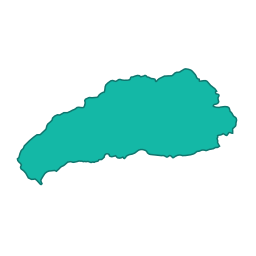 outline of Armenis, Caras-Severin, Romania, rotated 185°
{"feature_id": "2599482B91959331026404", "entity_name": "Armenis", "entity_type": "district", "adm_level": 2, "iso_a3": "ROU", "parent_name": "Romania", "parent_adm1": "Caras-Severin", "projection": "equal_earth", "projection_center": [22.398, 45.223], "detail": "fine", "context": "isolated", "style": "filled", "palette": "teal", "viewbox_px": 256, "rotation_deg": 185, "n_neighbors": 0, "source": "geoboundaries", "source_scale": "gbopen_adm2", "svg_char_len": 5239}
<svg xmlns="http://www.w3.org/2000/svg" viewBox="0 0 256 256"><g transform="rotate(185 128 128)"><path d="M222.9,69.6L219.7,68.4L217.6,68.7L216.2,69.1L214.5,68.1L210.5,64.4L209.7,64.1L208.8,65.0L210.1,67.4L210.2,68.8L209.4,70.5L208.6,72.2L207.7,73.9L206.8,75.5L205.0,77.2L203.1,78.2L197.5,79.3L195.4,78.7L194.8,79.6L194.1,80.2L193.4,81.0L192.7,81.8L192.2,82.6L190.8,83.9L189.8,84.4L189.1,84.8L188.6,85.2L187.7,86.0L186.9,86.9L186.0,87.8L185.2,88.7L183.1,89.3L182.0,89.5L180.1,89.1L179.1,89.1L178.5,89.3L177.8,89.5L177.1,89.7L176.5,89.9L175.8,90.1L175.2,90.4L174.6,90.6L174.0,90.9L172.6,90.8L172.2,90.9L171.8,90.9L171.4,91.0L171.0,90.9L170.5,90.8L170.1,90.7L169.7,90.6L169.3,90.6L168.7,90.8L168.4,90.9L168.1,90.9L167.9,90.9L167.6,90.9L167.3,90.8L167.0,90.8L166.7,90.8L166.4,90.9L166.1,91.0L165.8,91.1L164.7,91.2L161.9,90.4L161.6,90.5L161.2,90.6L160.9,90.7L160.6,91.0L159.8,91.1L159.5,91.0L159.2,90.9L158.9,90.9L158.6,90.9L157.8,91.5L155.5,92.2L154.8,92.6L154.3,93.8L153.2,94.1L151.5,94.3L149.7,96.2L149.1,97.0L149.2,97.3L149.2,97.6L149.1,97.9L149.0,98.2L149.0,98.4L148.9,98.7L148.6,99.1L148.5,99.4L148.2,99.7L147.9,100.0L147.6,100.2L147.2,100.4L146.5,100.5L146.1,100.5L145.6,100.4L145.2,100.3L144.8,100.1L144.4,99.9L144.3,99.6L144.3,99.4L144.3,99.1L144.0,98.7L143.5,98.3L142.2,98.0L141.5,98.0L140.6,98.3L139.7,98.6L138.9,98.9L138.0,99.3L136.4,97.8L135.9,97.5L135.7,97.4L135.1,97.3L134.6,97.3L134.1,97.3L133.5,97.3L132.0,97.8L130.8,98.5L130.3,98.4L129.6,97.5L128.9,97.3L128.0,98.3L127.2,99.8L125.2,101.2L124.0,101.7L121.5,102.4L119.0,103.7L115.6,106.8L115.0,107.1L114.3,107.3L113.7,107.6L113.0,107.7L111.2,107.8L108.7,107.2L107.4,106.4L106.4,104.9L104.6,103.8L103.2,103.6L92.1,103.4L91.1,103.6L89.5,103.6L88.9,103.3L88.2,102.9L87.5,102.7L86.8,102.4L86.0,102.7L84.2,104.2L83.1,104.1L80.7,102.3L80.0,102.5L79.5,103.0L79.0,103.4L78.5,103.8L77.9,104.1L77.4,104.5L76.8,104.8L76.2,105.1L75.6,105.3L74.3,105.6L73.9,105.6L73.2,105.6L72.6,105.5L71.9,105.4L71.3,105.2L70.1,105.4L68.4,105.6L66.7,106.0L65.0,106.4L63.3,106.8L60.5,107.9L59.4,108.6L57.3,110.6L54.9,111.2L52.8,112.3L51.5,112.6L50.8,112.6L50.0,112.6L49.2,112.5L48.5,112.3L47.9,112.4L45.0,113.8L44.2,114.0L43.4,114.2L42.6,114.4L41.8,114.7L41.0,114.9L40.7,115.2L40.2,115.5L39.8,115.8L39.4,116.0L39.1,116.2L38.9,116.2L38.6,116.3L38.2,116.3L37.9,116.3L37.6,116.3L36.5,116.8L36.2,117.1L35.9,117.4L35.5,117.6L35.2,117.9L35.8,118.7L36.4,119.5L37.0,120.4L37.5,121.3L37.5,123.1L38.4,125.3L37.8,126.8L38.1,128.2L37.4,128.5L36.7,128.8L35.9,129.0L35.2,129.1L33.8,129.8L32.8,130.7L32.1,130.4L31.4,130.1L30.8,129.8L30.1,129.4L29.0,129.2L28.5,129.7L27.3,131.9L26.9,132.3L26.2,132.3L25.7,132.3L25.3,132.2L24.9,132.1L24.5,132.0L24.1,131.9L23.3,131.9L23.3,132.8L23.7,136.2L23.5,136.7L22.8,137.3L22.2,138.0L21.6,138.7L21.0,139.4L20.8,140.7L20.9,142.4L20.5,145.1L20.6,145.7L20.8,146.3L21.0,146.9L21.3,147.4L21.8,147.8L22.2,148.1L22.7,148.4L23.3,148.6L24.2,149.4L25.6,151.5L26.5,152.6L27.5,153.2L27.9,153.8L28.1,154.6L28.4,155.3L28.7,156.0L29.0,156.7L30.5,157.7L31.1,157.7L31.7,157.8L32.3,157.8L32.9,157.8L33.9,157.7L38.0,156.8L38.8,156.4L42.0,156.3L44.3,156.8L44.9,157.1L45.0,157.8L44.6,158.5L43.9,159.0L41.8,159.7L40.5,160.7L39.9,162.0L40.8,164.5L41.0,166.0L40.8,166.5L40.6,167.0L40.4,167.5L40.2,168.0L40.3,168.8L41.4,169.5L43.1,169.7L43.6,170.2L43.9,170.9L43.9,171.9L42.9,172.4L44.7,174.5L45.8,175.3L47.0,176.0L48.1,176.8L49.3,177.5L53.2,181.3L54.6,181.9L56.4,181.8L59.9,181.0L60.9,180.9L61.1,181.4L61.2,181.8L61.2,182.3L61.3,182.8L61.5,182.8L61.8,182.8L62.1,182.9L62.4,183.0L62.7,183.2L63.7,183.8L64.2,184.5L64.5,185.2L64.8,185.8L65.2,186.4L65.6,187.0L66.9,188.3L68.4,189.7L69.7,190.8L71.6,191.5L72.4,191.6L73.2,191.8L73.9,191.8L74.6,191.9L75.2,191.9L75.9,191.9L77.1,191.5L80.8,188.8L81.5,188.2L82.2,188.0L84.5,187.7L86.1,186.8L87.9,184.7L89.0,183.8L90.8,183.6L92.6,183.4L94.4,183.1L96.2,182.9L101.2,179.9L102.9,178.2L103.7,176.9L104.3,176.8L104.7,177.2L104.9,177.8L105.2,178.3L105.3,178.8L106.0,179.1L106.8,179.2L107.4,179.3L108.1,179.3L108.7,179.2L109.5,179.5L110.3,179.7L111.1,180.1L111.9,180.4L113.2,180.4L114.3,181.4L115.1,181.8L115.9,181.8L117.1,181.0L117.8,180.8L118.4,180.6L119.0,180.4L119.7,180.1L121.2,181.1L123.1,181.2L124.2,180.8L125.3,180.4L126.4,179.9L127.5,179.3L129.0,179.1L129.6,178.7L130.2,176.7L130.6,176.2L132.4,175.6L136.1,175.2L138.4,175.3L140.2,175.7L141.5,175.4L143.6,173.7L144.3,173.4L145.2,173.5L147.4,174.0L149.2,173.5L152.0,171.1L153.8,169.0L154.3,167.2L154.4,163.6L154.8,161.7L156.4,161.1L158.3,159.8L159.7,158.3L160.7,156.4L161.4,155.9L166.5,155.0L169.1,155.0L170.1,154.6L171.0,154.0L172.0,153.5L172.9,152.9L173.5,151.6L172.8,149.3L173.2,146.5L173.8,144.9L174.6,144.4L175.6,144.3L176.7,144.3L177.7,144.3L178.7,144.4L180.5,144.0L182.2,142.4L183.4,141.6L184.7,141.0L185.9,140.2L187.1,139.4L188.4,138.7L189.6,138.0L193.2,137.7L197.1,135.0L199.5,135.0L202.2,133.4L204.0,131.3L204.4,129.1L205.9,127.3L208.3,124.9L209.1,122.9L209.4,120.3L209.9,119.3L214.9,113.7L218.1,113.3L220.8,111.0L224.9,106.9L229.7,101.2L230.5,98.5L232.4,96.3L233.4,93.1L234.1,89.0L235.5,87.6L234.9,85.9L233.3,84.2L232.8,83.9L232.0,83.3L231.0,81.9L231.7,79.6L231.0,78.0L230.2,77.5L229.4,77.0L228.6,76.5L227.9,76.0L227.5,75.6L225.9,74.1L222.9,69.6Z" fill="#14b8a6" stroke="#0f766e" stroke-width="1.5"/></g></svg>